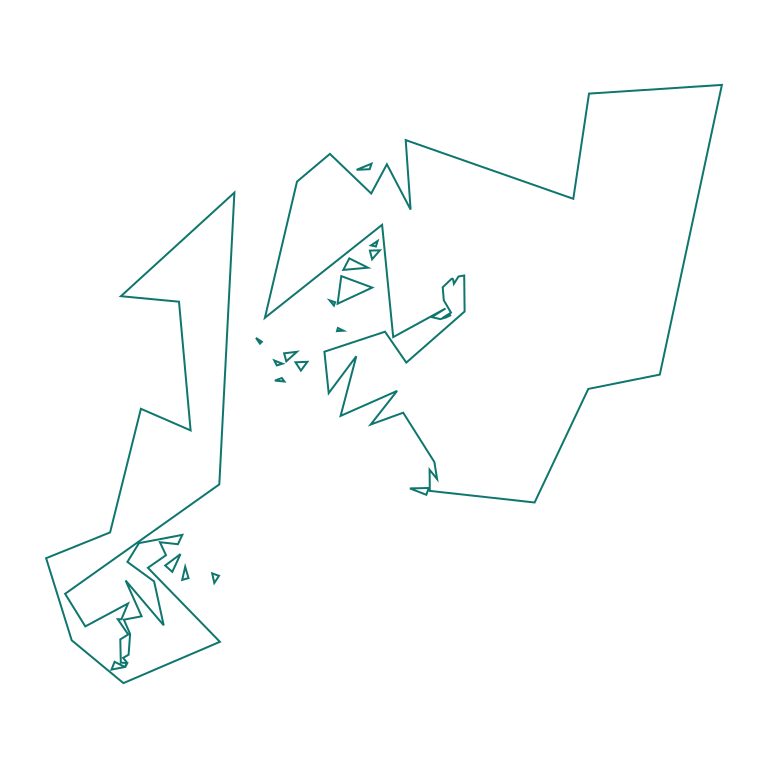 Colón, Colón, Panama (Mercator projection)
{"feature_id": "35544464B72276923440034", "entity_name": "Colón", "entity_type": "district", "adm_level": 2, "iso_a3": "PAN", "parent_name": "Panama", "parent_adm1": "Colón", "projection": "mercator", "projection_center": [-79.891, 9.223], "detail": "medium", "context": "isolated", "style": "outline", "palette": "teal", "viewbox_px": 768, "rotation_deg": 0, "n_neighbors": 0, "source": "geoboundaries", "source_scale": "gbopen_adm2", "svg_char_len": 1937}
<svg xmlns="http://www.w3.org/2000/svg" viewBox="0 0 768 768"><path d="M405.7,140.1L410.6,209.6L386.9,164.3L371.2,193.5L329.9,153.9L297.0,181.6L264.9,317.8L382.1,224.8L393.2,337.1L445.5,308.5L431.7,317.1L440.3,319.1L445.8,317.5L451.1,315.0L442.3,318.1L451.0,312.6L443.8,300.3L442.7,287.3L451.5,278.9L452.5,278.7L453.1,279.4L453.9,283.8L458.5,276.5L464.2,275.5L464.6,311.5L406.3,362.6L385.0,331.7L324.4,351.7L328.7,393.1L356.3,356.2L340.6,415.9L397.1,390.9L370.7,424.5L403.2,412.7L434.4,462.1L437.1,479.1L429.6,469.8L429.8,490.9L534.6,502.5L588.3,388.9L659.8,374.6L721.9,84.9L589.0,93.6L573.3,198.8L405.7,140.1ZM71.7,640.3L123.4,683.1L219.9,641.8L147.9,567.8L166.0,555.2L159.9,542.2L177.9,544.2L182.3,534.9L139.0,543.1L127.4,561.9L154.1,581.4L163.7,625.3L125.6,580.5L141.6,616.3L123.9,619.7L130.1,634.0L128.6,654.7L123.1,657.9L127.3,663.0L125.3,666.9L111.5,669.6L114.6,661.8L124.7,666.9L127.0,663.1L120.8,662.6L120.3,639.4L128.2,634.5L117.8,619.2L121.4,619.3L128.0,603.5L85.3,626.4L65.1,593.8L219.3,484.4L234.4,192.6L120.9,296.2L179.0,301.7L190.6,430.4L140.9,408.8L110.1,532.4L46.1,558.2L71.7,640.3ZM372.2,287.6L341.3,276.1L337.6,303.7L372.2,287.6ZM368.0,267.7L349.3,258.4L343.3,269.9L368.0,267.7ZM428.8,488.0L409.9,488.4L426.3,494.8L428.8,488.0ZM371.5,163.7L356.6,169.8L369.7,169.2L371.5,163.7ZM180.5,554.1L165.2,565.5L172.3,571.9L180.5,554.1ZM296.9,351.8L284.1,353.3L286.3,361.3L296.9,351.8ZM307.4,361.8L295.5,362.3L300.9,370.6L307.4,361.8ZM379.9,250.3L369.9,250.6L372.1,259.3L379.9,250.3ZM281.8,378.0L274.9,380.6L284.4,381.5L281.8,378.0ZM282.5,363.7L274.3,360.5L276.8,365.4L282.5,363.7ZM188.5,578.1L185.2,566.8L182.2,579.9L188.5,578.1ZM261.8,341.8L256.0,337.9L259.9,343.6L261.8,341.8ZM219.0,575.8L212.2,573.4L214.3,583.0L219.0,575.8ZM335.1,302.2L329.7,300.4L333.9,305.6L335.1,302.2ZM343.5,330.7L337.9,328.0L337.0,331.1L343.5,330.7ZM375.9,246.5L377.6,241.0L371.0,245.4L375.9,246.5Z" fill="none" stroke="#0f766e" stroke-width="2"/></svg>